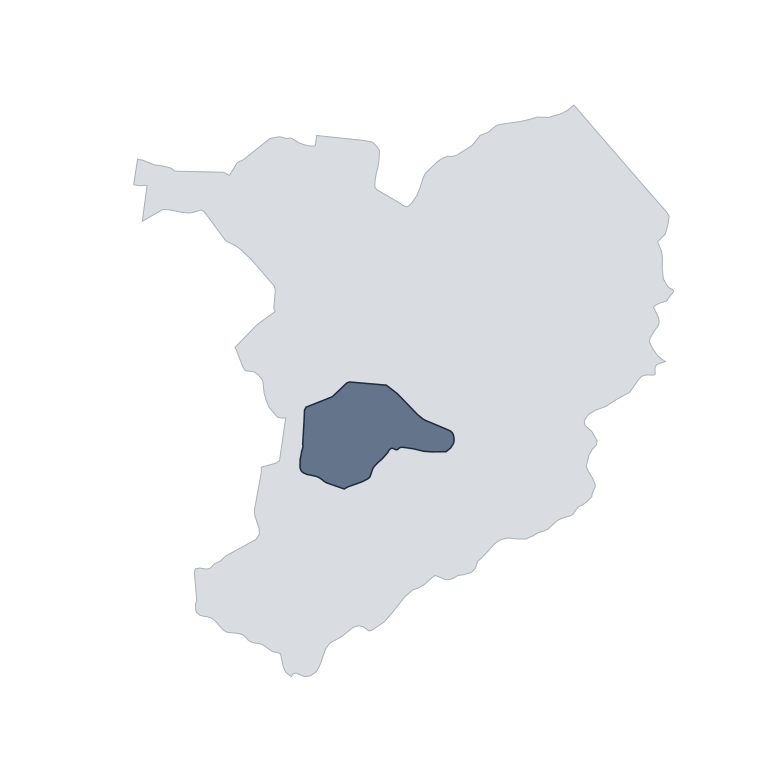 where Warrap sits in South Sudan, rotated 278°
{"feature_id": "SDS-872", "entity_name": "Warrap", "entity_type": "State", "adm_level": 1, "iso_a3": "SSD", "parent_name": "South Sudan", "parent_adm1": "", "projection": "natural_earth1", "projection_center": [28.523, 7.841], "detail": "fine", "context": "in_parent", "style": "filled", "palette": "slate", "viewbox_px": 768, "rotation_deg": 278, "n_neighbors": 0, "source": "natural_earth", "source_scale": "10m", "svg_char_len": 4638}
<svg xmlns="http://www.w3.org/2000/svg" viewBox="0 0 768 768"><g transform="rotate(278 384 384)"><path d="M616.3,613.6L594.1,639.4L592.6,640.9L589.8,643.0L580.9,643.0L571.6,641.7L563.0,635.1L554.4,640.2L548.9,641.9L545.6,642.5L537.8,643.3L527.0,646.0L522.1,649.5L519.4,652.3L517.2,657.3L516.1,657.8L514.1,657.2L511.3,655.2L505.5,652.3L502.6,645.9L499.9,642.0L497.7,640.0L488.5,646.3L484.0,647.9L480.4,647.7L473.7,644.1L466.3,641.0L462.5,641.0L456.8,644.9L450.4,650.6L447.0,656.3L445.4,659.6L443.1,654.4L441.0,651.2L437.9,650.0L431.7,651.2L430.2,649.4L429.9,645.0L429.0,640.9L427.4,637.9L422.6,634.8L410.3,628.7L400.9,616.3L396.1,610.6L392.6,606.9L387.7,597.2L382.1,590.5L375.3,587.4L370.8,588.9L366.2,596.1L357.5,602.8L353.5,603.0L348.4,599.4L341.9,596.8L330.4,595.7L325.6,598.8L319.3,604.0L314.0,607.1L310.8,607.4L307.7,606.2L304.2,605.5L301.2,605.4L295.0,600.7L291.8,597.3L289.7,593.9L286.2,591.7L282.1,589.8L279.2,586.8L277.8,583.1L275.5,578.4L272.5,574.1L263.0,566.5L260.2,561.9L258.3,557.5L254.4,552.7L250.3,546.1L249.0,536.6L248.8,528.9L247.9,525.4L246.2,521.8L244.2,518.8L240.9,515.4L233.2,510.5L225.3,504.8L221.4,501.4L214.2,500.2L209.9,497.0L206.3,489.8L204.8,484.0L201.2,479.6L199.6,476.3L198.7,472.6L201.6,461.2L197.4,457.2L191.2,452.0L186.7,446.3L184.0,441.0L176.0,434.1L158.4,423.8L148.3,417.2L142.8,411.2L138.0,405.4L137.5,403.0L140.7,397.3L141.1,392.5L138.6,387.2L128.1,377.3L119.8,366.4L113.4,363.0L98.2,360.0L93.8,358.8L89.3,356.7L84.8,351.8L83.2,346.0L85.5,336.7L84.1,333.8L81.5,333.1L82.2,331.1L85.1,326.6L89.8,323.7L102.4,319.1L103.1,317.3L103.4,311.5L104.4,308.7L108.8,300.7L109.4,297.4L109.6,290.6L110.2,287.4L111.5,285.1L114.9,281.1L116.2,278.7L116.7,273.4L116.3,263.0L118.1,258.9L126.1,249.5L128.2,245.3L128.9,241.5L128.9,237.7L129.4,233.9L131.7,230.3L133.7,229.1L139.6,228.0L143.6,228.7L171.4,222.3L174.7,223.1L176.1,227.0L176.0,233.0L176.5,236.0L178.0,238.1L182.4,241.0L185.4,245.9L187.0,247.6L191.5,251.0L212.2,278.8L218.0,281.4L223.7,280.4L235.0,274.7L240.6,273.2L280.0,274.8L284.4,274.0L284.6,274.1L290.6,288.0L293.5,291.2L336.7,291.4L335.9,287.4L336.4,283.0L344.0,274.4L345.1,273.4L351.8,269.4L358.3,266.6L370.8,263.4L375.4,258.4L377.9,253.8L378.0,244.7L379.6,243.2L382.6,241.1L397.1,233.0L399.5,231.3L425.2,250.1L439.6,265.1L440.4,265.8L441.2,266.1L441.9,265.6L442.6,264.9L444.3,264.2L450.5,264.0L462.1,263.3L465.9,261.5L489.2,234.8L495.1,226.3L496.6,224.6L499.9,218.6L503.5,208.1L504.2,207.0L529.6,182.0L530.5,180.0L530.8,178.4L526.9,170.0L526.1,165.8L525.9,159.2L526.6,149.0L526.3,142.5L525.9,140.8L525.8,140.4L511.5,122.0L547.4,121.8L547.5,119.5L547.4,118.8L546.7,116.6L546.3,113.7L546.3,112.0L546.5,110.5L546.5,109.7L546.4,109.0L546.4,108.6L546.6,108.4L572.4,108.7L572.1,113.9L569.0,126.2L569.1,133.5L568.4,141.8L567.5,144.3L566.2,146.4L565.8,147.4L565.8,148.3L571.3,195.1L570.9,197.1L569.5,200.0L569.2,201.0L569.1,201.7L569.7,202.2L581.6,207.3L582.2,207.6L582.7,208.0L587.0,214.0L610.6,236.2L611.4,237.4L613.8,244.3L614.1,245.4L614.2,247.1L614.2,248.4L613.6,252.5L613.8,254.4L614.2,255.7L614.5,257.1L614.5,257.5L614.3,258.6L610.9,266.6L609.7,272.4L609.4,277.2L609.6,280.0L610.0,281.8L610.4,282.5L610.7,282.8L620.9,282.8L620.8,285.4L622.3,327.6L622.3,332.4L622.0,338.3L620.8,340.7L617.9,344.0L614.3,347.1L605.2,347.9L597.6,347.8L592.2,347.1L584.8,346.8L577.8,347.5L575.3,350.1L566.2,372.5L563.3,378.2L562.6,381.4L563.4,383.4L567.0,386.2L574.9,390.2L584.0,392.5L590.7,393.5L595.3,394.6L598.9,395.9L611.8,406.1L615.9,410.8L618.2,415.0L618.8,419.5L620.6,424.0L632.4,438.0L643.6,444.6L647.8,452.1L652.0,455.8L655.9,459.7L658.0,465.5L662.9,482.4L666.2,491.2L669.6,498.5L670.9,510.3L673.6,515.5L676.3,521.9L680.8,527.8L685.6,532.2L686.5,533.4L638.3,588.4L616.3,613.6Z" fill="#d9dde1" stroke="#a8b0b8" stroke-width="1"/><path d="M311.2,312.6L311.7,312.4L312.5,312.0L312.6,311.9L336.1,310.0L347.3,308.9L350.3,310.1L364.2,334.6L379.7,346.9L380.6,348.3L381.2,349.6L383.2,386.4L376.1,398.8L358.3,421.6L354.7,427.6L353.8,429.9L347.1,455.2L346.5,456.6L345.4,458.3L343.7,459.5L341.9,460.3L340.0,460.9L338.1,461.2L336.3,461.3L334.4,460.9L330.0,458.9L325.6,454.9L323.4,440.4L322.9,432.6L323.9,422.7L324.0,412.4L323.7,409.9L323.1,408.4L321.0,406.5L320.5,405.2L320.8,404.0L321.4,402.4L321.5,400.7L320.7,399.3L318.9,398.1L316.6,397.2L309.8,392.8L305.2,388.8L301.3,386.0L298.7,384.7L290.4,383.1L289.4,382.6L288.6,381.9L287.3,380.5L283.9,375.5L276.9,362.2L274.5,359.2L278.1,341.1L279.2,338.4L280.8,335.8L282.4,332.4L283.1,329.6L283.8,320.0L284.9,316.3L286.0,314.6L287.2,313.6L288.7,312.8L291.0,312.2L297.2,311.5L306.5,311.9L307.1,312.1L310.7,312.5L311.2,312.6Z" fill="#64748b" stroke="#1e293b" stroke-width="1.5"/></g></svg>